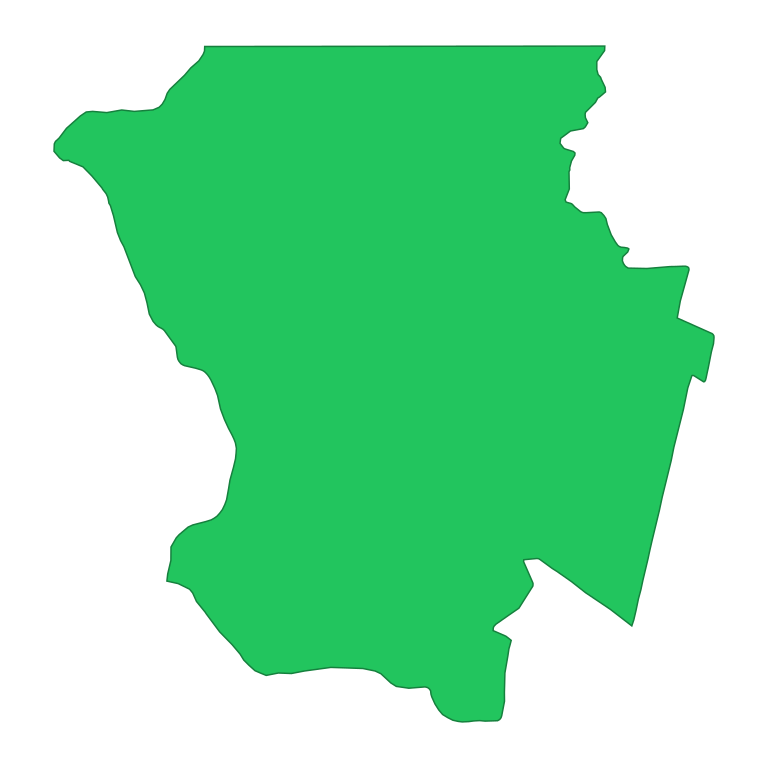 the district of Barillas, Huehuetenango, Guatemala
{"feature_id": "79465075B26055354107156", "entity_name": "Barillas", "entity_type": "district", "adm_level": 2, "iso_a3": "GTM", "parent_name": "Guatemala", "parent_adm1": "Huehuetenango", "projection": "natural_earth1", "projection_center": [-91.212, 15.915], "detail": "fine", "context": "isolated", "style": "filled", "palette": "green", "viewbox_px": 768, "rotation_deg": 0, "n_neighbors": 0, "source": "geoboundaries", "source_scale": "gbopen_adm2", "svg_char_len": 3614}
<svg xmlns="http://www.w3.org/2000/svg" viewBox="0 0 768 768"><path d="M631.8,625.9L633.8,619.9L636.0,610.5L638.4,599.0L640.9,589.7L642.8,580.7L648.1,558.4L649.2,553.2L650.2,548.7L652.2,540.0L659.4,510.3L662.2,497.2L671.2,460.6L673.9,447.1L683.4,409.5L687.8,387.9L691.9,375.6L692.7,375.4L693.8,375.6L703.6,381.8L704.6,381.6L705.5,380.2L706.1,377.9L707.5,371.2L708.2,368.1L711.4,351.8L713.5,343.7L713.9,339.2L714.0,337.7L713.9,335.9L713.1,334.5L712.0,333.5L711.0,333.1L677.2,318.0L680.3,301.0L688.7,270.9L689.0,269.9L688.9,268.6L688.5,267.5L687.0,266.6L685.4,266.2L683.4,266.2L675.8,266.5L670.0,266.6L646.9,268.5L628.2,268.1L625.7,266.5L624.7,265.4L623.4,263.4L622.4,260.8L622.5,259.4L622.6,257.6L623.1,256.4L627.7,252.0L628.9,249.0L627.7,248.1L624.5,247.5L621.0,247.2L619.3,246.5L617.9,245.5L615.3,241.9L611.2,234.8L607.3,224.4L605.9,218.5L604.7,216.7L603.9,215.5L602.5,214.0L601.3,212.7L599.3,212.0L586.0,212.7L583.4,212.7L581.6,212.2L580.0,211.2L574.7,206.9L573.0,205.0L571.7,203.8L570.7,203.4L569.2,203.0L566.1,202.1L565.1,199.8L569.3,189.0L569.0,171.7L569.8,170.0L569.7,167.7L571.5,161.0L574.8,155.2L575.0,153.0L573.4,151.5L565.2,149.0L563.7,148.2L560.0,143.3L560.7,138.3L570.5,131.0L583.4,128.6L585.3,126.9L587.8,122.7L585.4,117.7L585.1,114.3L585.5,112.3L595.4,102.4L597.8,98.0L599.5,97.0L605.5,91.9L605.1,87.3L601.3,79.3L600.6,77.3L598.1,74.5L596.8,69.6L596.8,61.5L604.6,50.6L604.8,46.1L204.7,46.5L204.5,51.1L203.1,54.5L198.8,60.9L190.8,67.9L184.5,75.3L169.8,89.4L167.2,93.3L165.0,99.5L162.2,104.2L159.1,107.3L153.0,109.9L134.3,111.4L121.7,110.0L106.8,112.6L92.6,111.4L86.2,112.0L80.3,116.0L66.5,128.3L59.0,138.2L55.5,141.4L54.3,143.9L54.0,151.3L59.6,157.9L63.3,160.6L68.8,160.3L69.7,161.4L82.9,166.8L91.9,176.0L102.0,188.0L102.7,189.3L106.1,193.6L107.7,197.0L108.6,201.1L108.9,203.2L110.4,205.6L113.5,215.8L117.4,232.5L120.6,240.6L123.9,246.7L135.3,276.6L140.5,284.8L144.4,293.0L147.0,302.8L149.3,314.1L153.1,321.4L156.1,324.9L157.9,326.4L159.6,327.4L160.9,328.0L162.9,329.2L164.4,330.6L175.0,345.2L175.8,346.3L176.1,347.6L177.4,357.3L178.0,359.5L179.0,361.3L180.9,363.7L183.0,365.0L184.7,365.7L195.6,368.2L201.3,369.9L203.4,370.9L205.1,372.2L207.5,374.7L209.3,377.2L210.9,379.9L212.6,383.5L215.0,388.6L217.6,395.6L220.5,408.9L224.5,419.6L228.5,428.3L231.9,434.7L233.9,438.9L235.4,442.8L236.4,448.3L236.1,453.1L235.5,458.9L233.5,467.3L230.0,480.0L228.6,488.6L226.6,499.7L224.8,504.6L222.4,509.6L219.7,513.2L217.0,516.2L214.2,518.2L211.2,519.9L205.7,521.6L192.9,524.9L188.1,527.1L179.2,534.6L176.3,537.8L171.0,547.0L170.9,560.4L167.7,574.0L166.9,581.1L178.2,583.6L189.6,589.2L192.7,593.0L196.5,601.5L205.2,612.2L206.3,613.9L219.7,631.9L232.1,644.6L240.1,654.1L243.8,660.1L248.8,665.1L255.0,670.7L260.8,673.2L266.2,675.4L278.4,673.0L291.4,673.5L302.3,671.4L304.4,671.0L330.8,667.4L346.4,667.9L362.9,668.5L375.1,671.0L380.9,673.7L390.9,683.0L396.3,686.4L408.8,688.2L425.1,686.9L427.4,687.5L428.4,688.1L429.5,689.1L430.6,690.8L431.0,694.3L431.8,696.9L435.0,704.0L438.8,710.0L442.6,714.5L447.7,717.6L452.8,720.2L458.1,721.4L462.2,721.9L468.8,721.6L473.2,721.0L475.8,720.8L479.8,720.6L485.1,721.1L497.6,720.7L499.7,719.5L501.0,717.8L501.7,715.8L504.5,701.2L504.4,692.3L504.6,685.1L504.9,673.0L507.9,655.7L508.9,648.9L510.0,645.0L511.2,640.4L508.4,638.1L505.9,636.2L493.1,630.6L493.3,627.9L493.8,626.5L495.9,624.2L501.6,620.2L508.3,615.5L518.9,608.2L532.8,586.2L533.0,585.1L533.0,583.3L532.4,581.8L526.5,568.3L523.6,561.7L523.8,559.7L536.9,558.5L538.6,558.7L540.0,559.5L552.3,568.5L556.9,571.4L571.6,581.7L585.7,592.8L604.5,605.4L610.4,609.4L631.8,625.9Z" fill="#22c55e" stroke="#15803d" stroke-width="1.5"/></svg>